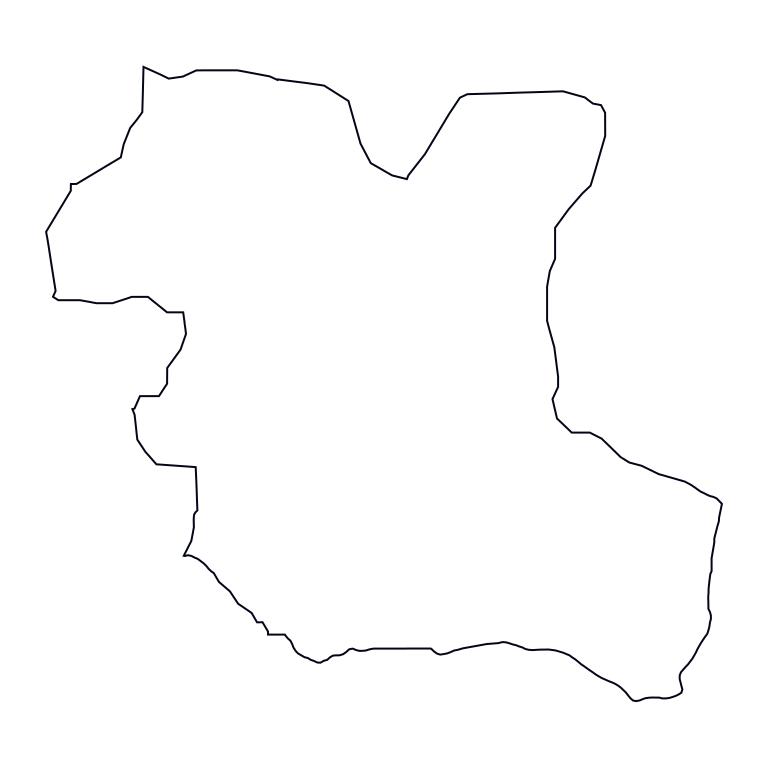 Ar Radmah, Ibb, Yemen
{"feature_id": "15242507B58608751958716", "entity_name": "Ar Radmah", "entity_type": "district", "adm_level": 2, "iso_a3": "YEM", "parent_name": "Yemen", "parent_adm1": "Ibb", "projection": "natural_earth1", "projection_center": [44.57, 14.211], "detail": "fine", "context": "isolated", "style": "outline", "palette": "ink", "viewbox_px": 768, "rotation_deg": 0, "n_neighbors": 0, "source": "geoboundaries", "source_scale": "gbopen_adm2", "svg_char_len": 4563}
<svg xmlns="http://www.w3.org/2000/svg" viewBox="0 0 768 768"><path d="M46.1,231.8L47.3,238.2L48.5,245.4L50.1,255.9L51.0,261.8L53.3,276.3L55.6,290.9L53.0,296.8L58.3,300.2L80.0,300.2L90.1,302.0L96.3,303.2L108.2,303.2L110.5,303.2L112.6,303.2L118.7,301.2L129.1,297.8L129.6,297.6L131.6,296.9L141.8,296.9L147.9,296.9L148.6,297.4L153.7,301.6L155.0,302.6L159.2,306.0L167.0,312.3L168.5,312.3L179.8,312.3L183.2,312.3L184.4,321.2L184.6,323.3L185.3,328.2L186.0,334.0L183.8,340.2L181.0,348.3L180.6,349.5L179.1,351.6L167.2,368.0L167.1,382.5L167.1,383.7L164.4,387.8L163.0,389.9L159.0,396.1L142.8,396.1L141.0,396.1L140.0,396.1L139.7,396.7L134.5,408.6L132.4,409.1L134.6,414.8L136.0,427.4L136.7,434.2L136.9,435.9L137.0,436.5L137.3,439.6L145.5,452.0L146.9,453.5L156.4,464.3L164.8,464.9L195.7,467.1L196.3,480.7L196.8,494.0L197.0,500.6L197.4,510.4L195.4,512.4L194.2,514.4L193.8,517.2L193.7,520.5L193.9,527.2L192.6,534.3L191.3,541.0L189.2,545.1L183.8,555.8L184.8,556.0L188.1,555.2L191.6,556.0L194.6,557.6L197.8,558.9L200.7,561.1L203.7,563.4L206.3,565.9L208.6,568.8L211.3,571.4L213.8,573.1L214.3,574.0L219.0,582.0L229.9,591.3L231.3,593.4L238.1,603.7L251.7,613.0L256.7,621.7L257.1,622.3L260.1,622.3L262.5,622.2L268.0,631.5L268.0,634.6L284.9,634.6L285.4,635.4L287.6,638.2L290.4,640.7L292.1,643.9L293.5,647.6L295.7,651.0L298.0,653.4L301.4,655.4L304.5,657.2L307.8,658.0L310.7,659.8L314.1,661.0L317.2,662.5L320.5,662.7L323.3,661.1L323.7,660.8L327.1,659.9L328.5,658.7L329.8,657.5L332.7,655.7L336.1,655.3L339.6,655.3L343.1,654.2L346.1,652.1L349.2,649.3L352.2,648.7L352.9,648.7L356.0,650.0L356.3,650.1L357.3,650.3L359.3,650.9L362.7,650.8L364.0,650.7L366.0,650.5L369.3,649.4L372.5,648.8L373.5,648.6L387.8,648.6L398.3,648.6L399.9,648.6L405.0,648.6L410.5,648.5L416.8,648.5L425.4,648.5L428.1,648.5L430.7,648.5L431.7,649.2L434.2,651.6L437.0,653.6L437.7,653.8L438.2,654.0L440.2,654.6L443.6,654.1L447.2,653.4L450.9,652.0L454.2,650.5L457.5,649.9L461.0,648.9L462.5,648.4L485.3,644.3L487.1,644.0L498.6,643.1L499.4,642.8L502.5,642.1L505.9,642.3L509.1,643.2L513.0,644.5L516.1,645.2L519.0,646.4L522.3,647.4L525.4,649.0L528.8,649.8L532.6,650.1L535.7,649.9L538.8,649.7L541.9,649.6L545.0,649.6L548.4,649.5L551.5,649.9L555.3,650.4L559.5,651.6L562.8,652.6L566.0,653.9L569.4,655.3L572.5,657.6L575.2,659.3L578.5,662.0L581.2,664.3L583.9,666.1L586.8,668.2L589.5,670.1L592.9,672.4L595.9,674.6L598.9,676.4L601.9,678.1L605.8,679.8L608.9,681.2L612.2,682.5L615.3,683.9L618.4,685.8L620.9,687.7L623.5,690.2L625.9,692.5L628.3,695.6L630.5,698.3L633.0,700.5L636.1,701.1L639.5,700.5L642.6,699.2L645.5,698.2L649.1,697.7L652.2,697.5L656.0,697.6L659.2,697.6L662.3,698.4L665.7,698.4L669.1,698.0L672.2,697.1L673.9,696.5L675.2,696.1L678.4,694.6L681.3,692.8L682.4,689.5L681.4,685.9L680.6,682.6L679.7,679.2L679.7,675.5L680.9,672.3L683.2,669.6L685.7,666.8L688.1,664.3L690.2,661.5L691.4,659.9L692.3,658.8L694.1,655.7L695.9,652.5L697.5,649.1L699.4,645.6L701.9,641.5L704.8,637.2L707.3,633.8L708.4,630.4L709.4,626.6L709.9,622.7L710.9,619.0L710.9,615.5L710.0,612.1L708.4,608.8L708.4,605.3L708.3,600.7L708.2,597.2L708.5,593.4L708.6,588.7L709.4,581.1L710.3,574.1L711.6,571.2L711.6,558.2L713.2,549.0L714.3,542.4L714.3,538.5L717.4,526.3L718.9,521.1L719.1,517.5L721.4,506.5L721.9,503.8L716.6,498.4L713.4,496.9L710.1,496.1L707.1,494.8L704.1,493.2L700.6,491.6L699.2,490.6L697.6,489.5L694.5,487.2L694.3,487.1L691.2,485.0L687.9,483.2L684.9,481.6L658.7,474.1L641.7,465.8L629.3,462.5L620.6,457.1L614.6,451.2L601.6,438.6L589.8,432.6L571.7,432.6L567.3,428.3L565.6,426.7L560.9,422.2L557.0,418.5L552.5,399.1L556.2,391.0L556.8,389.7L558.1,387.0L558.1,376.6L556.9,367.4L556.4,363.3L554.4,347.8L554.4,347.6L549.1,328.5L547.1,320.8L547.1,286.7L548.4,279.1L549.8,271.2L551.0,268.3L555.1,258.8L555.1,227.8L568.7,209.2L582.2,193.6L590.6,185.6L593.0,177.7L595.1,170.8L605.2,135.9L605.1,113.0L605.1,112.7L604.4,111.4L601.0,105.1L593.0,103.6L588.8,100.5L584.8,97.4L570.1,93.3L563.0,91.3L562.8,91.3L541.2,92.0L520.4,92.6L505.2,93.1L500.3,93.3L467.3,94.2L459.9,97.7L449.2,113.8L424.9,154.2L408.4,175.3L406.9,179.1L392.1,175.4L383.7,170.6L381.9,169.5L370.8,163.2L360.5,143.6L348.5,101.0L348.0,100.7L332.7,91.0L324.1,85.6L307.0,83.1L302.3,82.5L297.4,81.9L277.9,79.4L277.6,80.0L271.5,77.2L269.7,76.4L263.9,75.3L244.3,71.6L237.1,70.3L232.6,70.3L223.5,70.3L210.0,70.3L196.4,70.4L193.0,71.9L182.8,76.6L181.4,76.8L168.7,78.6L161.0,74.8L143.5,66.9L142.8,94.8L142.3,112.2L142.0,112.6L136.7,119.9L130.2,127.9L123.7,144.3L120.8,157.4L104.2,167.3L97.6,171.3L76.6,183.9L73.4,184.0L70.9,184.0L70.8,188.4L70.8,190.8L46.1,231.8Z" fill="none" stroke="#020617" stroke-width="2"/></svg>